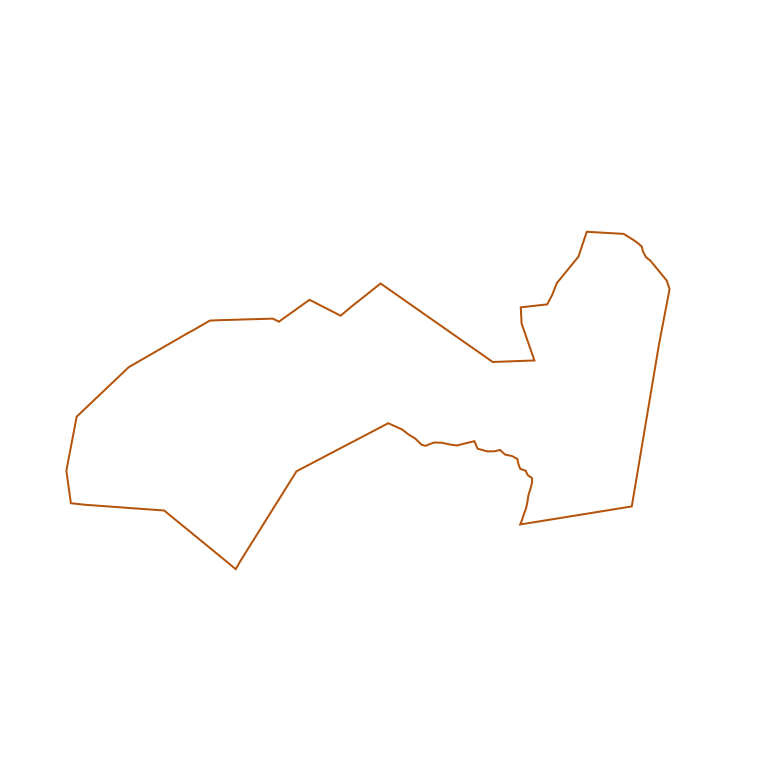 Santa Cruz do Piauí, Piauí, Brazil, rotated 291°
{"feature_id": "56859067B17419756399770", "entity_name": "Santa Cruz do Piauí", "entity_type": "district", "adm_level": 2, "iso_a3": "BRA", "parent_name": "Brazil", "parent_adm1": "Piauí", "projection": "mercator", "projection_center": [-41.758, -7.235], "detail": "fine", "context": "isolated", "style": "outline", "palette": "amber", "viewbox_px": 768, "rotation_deg": 291, "n_neighbors": 0, "source": "geoboundaries", "source_scale": "gbopen_adm2", "svg_char_len": 1078}
<svg xmlns="http://www.w3.org/2000/svg" viewBox="0 0 768 768"><g transform="rotate(291 384 384)"><path d="M504.6,484.2L489.7,490.8L459.9,516.0L443.5,477.6L476.6,344.8L445.5,326.4L432.2,319.0L435.9,284.3L404.5,263.5L405.2,256.8L384.9,208.2L380.8,198.7L364.9,185.8L361.7,183.0L308.3,139.7L243.4,108.8L189.3,118.5L160.5,134.4L164.1,148.1L187.1,224.1L163.9,294.3L161.6,301.3L158.0,311.9L167.5,313.4L271.2,333.6L348.9,402.0L348.0,417.2L345.5,425.6L344.3,432.7L340.8,440.6L341.2,445.1L344.8,448.8L347.5,452.1L349.9,459.2L351.3,468.1L352.7,474.0L363.0,488.8L357.2,494.5L357.7,500.3L358.1,504.6L360.8,511.3L364.0,516.0L361.5,522.3L362.6,529.2L361.9,535.3L357.5,538.1L353.6,541.6L353.8,547.3L350.5,550.8L349.1,556.0L345.0,557.6L338.0,558.3L331.8,558.7L326.1,560.0L318.9,561.2L312.6,561.2L307.4,561.6L301.7,561.5L358.5,659.2L519.2,626.6L574.9,616.6L581.8,611.0L594.5,588.7L596.3,583.1L600.8,578.0L604.6,575.5L606.4,570.9L607.8,565.4L610.0,553.9L598.8,518.8L590.2,519.1L572.6,519.9L540.2,509.2L527.6,509.1L516.8,507.8L504.6,484.2Z" fill="none" stroke="#b45309" stroke-width="2"/></g></svg>